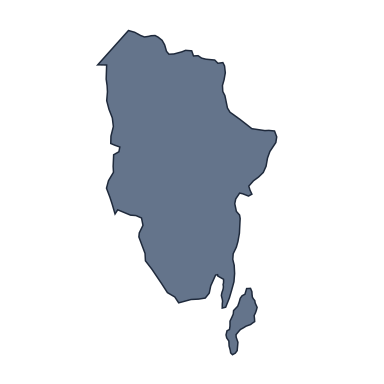 Timur Laut, Pulau Pinang, Malaysia (Robinson projection), rotated 357°
{"feature_id": "92858781B26188199947326", "entity_name": "Timur Laut", "entity_type": "district", "adm_level": 2, "iso_a3": "MYS", "parent_name": "Malaysia", "parent_adm1": "Pulau Pinang", "projection": "robinson", "projection_center": [100.297, 5.392], "detail": "fine", "context": "isolated", "style": "filled", "palette": "slate", "viewbox_px": 384, "rotation_deg": 357, "n_neighbors": 0, "source": "geoboundaries", "source_scale": "gbopen_adm2", "svg_char_len": 2247}
<svg xmlns="http://www.w3.org/2000/svg" viewBox="0 0 384 384"><g transform="rotate(357 192 192)"><path d="M219.6,308.8L223.8,299.7L226.5,292.0L229.2,283.8L230.3,275.6L230.3,267.4L229.2,261.4L229.9,255.8L233.4,249.4L235.3,243.8L237.2,235.6L237.9,228.7L238.7,221.0L238.3,217.5L235.3,213.7L234.1,205.9L235.3,201.2L239.5,195.6L242.5,196.4L248.2,199.0L251.7,197.3L250.1,193.4L249.0,189.1L254.0,184.0L259.3,180.5L264.2,176.2L267.3,170.2L269.2,162.0L271.9,155.6L278.3,147.0L279.5,141.4L277.6,135.4L271.9,134.5L268.0,134.5L255.1,131.9L243.7,122.0L234.1,114.3L231.8,110.0L230.7,102.7L229.9,97.5L228.0,93.2L228.0,87.2L229.9,81.6L231.5,74.7L231.1,67.8L229.6,64.4L224.6,64.8L221.6,61.4L212.8,60.1L208.6,58.8L205.2,56.2L200.6,56.2L199.1,51.0L193.0,50.2L189.2,51.5L185.4,52.3L181.2,53.2L176.2,53.2L173.9,50.2L172.4,43.7L170.1,39.0L166.3,35.6L163.3,33.8L159.4,33.8L156.8,34.3L152.6,34.7L148.8,33.0L143.1,29.5L137.0,27.4L104.5,60.1L105.0,60.1L113.4,60.7L112.2,74.8L112.8,81.5L112.8,87.6L111.6,96.3L113.4,105.0L116.3,113.8L116.9,122.5L114.0,131.9L113.4,139.3L117.5,141.3L122.3,143.3L121.1,148.0L115.7,150.7L114.6,162.2L114.6,168.2L109.2,176.3L106.8,183.7L109.8,193.1L111.6,199.8L114.0,209.9L116.9,205.9L129.4,211.9L134.8,212.6L140.2,215.3L141.3,222.7L137.2,230.1L136.6,234.1L141.9,250.9L141.9,258.3L147.9,267.0L156.8,281.8L162.2,291.2L169.3,295.9L172.9,302.0L185.4,299.3L193.1,299.3L199.7,298.6L203.9,293.9L205.8,286.7L211.2,276.2L213.2,275.9L213.4,277.3L218.9,280.8L218.9,282.3L218.7,284.6L218.2,285.9L218.4,288.3L218.1,290.1L217.5,291.9L216.8,293.5L216.2,295.5L215.9,297.0L216.7,301.1L216.8,302.9L216.4,305.1L216.1,309.5L219.6,308.8ZM226.8,355.2L228.8,352.8L229.3,349.4L230.0,344.5L228.5,339.3L228.5,336.8L231.5,333.5L233.2,331.8L236.1,330.4L239.0,328.8L243.6,327.4L245.6,326.0L247.8,324.7L247.8,322.2L247.6,318.6L249.0,316.1L250.0,313.7L251.0,310.6L249.3,306.2L249.0,303.7L247.8,302.1L246.8,300.2L246.6,297.4L246.6,294.7L245.4,291.3L241.5,291.3L239.5,296.9L236.6,298.2L234.6,300.7L233.4,304.3L231.7,308.4L229.7,310.3L227.3,312.6L226.8,316.1L225.4,318.9L223.2,323.0L222.9,328.0L222.2,331.3L219.7,332.4L218.5,336.5L219.0,339.5L221.0,342.8L221.0,347.8L221.9,351.9L222.2,354.7L223.9,356.6L226.8,355.2Z" fill="#64748b" stroke="#1e293b" stroke-width="1.5"/></g></svg>